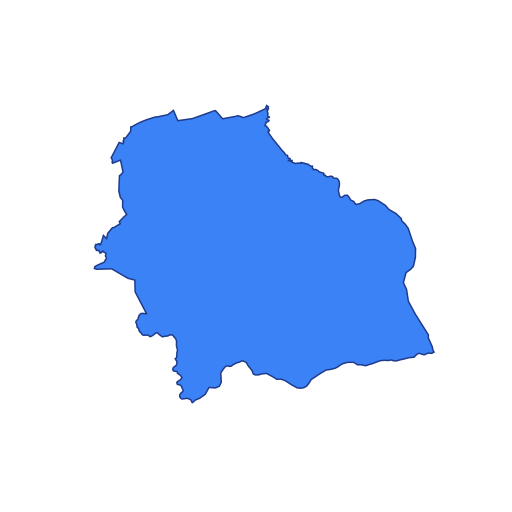 Kalinga, Kalinga, Philippines, rotated 238°
{"feature_id": "2640588B22535822566030", "entity_name": "Kalinga", "entity_type": "district", "adm_level": 2, "iso_a3": "PHL", "parent_name": "Philippines", "parent_adm1": "Kalinga", "projection": "robinson", "projection_center": [121.313, 17.431], "detail": "fine", "context": "isolated", "style": "filled", "palette": "blue", "viewbox_px": 512, "rotation_deg": 238, "n_neighbors": 0, "source": "geoboundaries", "source_scale": "gbopen_adm2", "svg_char_len": 6125}
<svg xmlns="http://www.w3.org/2000/svg" viewBox="0 0 512 512"><g transform="rotate(238 256 256)"><path d="M80.2,356.1L81.3,356.0L82.5,356.2L85.6,357.4L95.1,358.7L97.8,360.4L122.6,360.3L136.8,361.2L148.0,366.0L155.2,366.8L162.2,374.2L162.5,375.8L162.8,380.3L163.7,383.5L164.5,384.7L170.3,390.4L177.8,395.3L185.4,396.5L198.7,399.7L203.9,399.4L208.4,398.2L210.9,399.0L217.8,397.2L225.0,393.4L230.4,392.5L238.2,388.9L241.0,386.6L244.3,380.6L245.3,377.1L245.5,371.3L246.9,367.9L250.4,367.8L253.3,366.0L256.6,366.1L259.1,365.7L260.5,363.2L260.2,360.3L260.7,359.1L262.3,358.7L267.4,360.3L269.7,362.1L271.5,364.0L274.6,365.9L277.1,366.2L278.8,365.8L279.5,365.3L280.6,363.2L281.3,363.0L282.7,363.1L284.1,361.7L284.8,359.6L285.5,358.2L286.1,357.8L287.7,357.6L288.4,356.4L289.4,356.8L290.0,357.3L290.6,357.2L291.7,355.8L292.7,355.3L293.4,354.5L294.4,354.0L295.3,353.9L296.9,353.1L297.8,352.4L298.2,351.6L298.3,350.8L299.6,350.7L300.2,350.2L302.2,351.4L302.3,350.7L302.8,350.6L304.5,349.3L306.0,349.0L307.8,347.3L307.9,346.7L308.2,346.7L309.3,346.0L310.0,344.9L310.4,344.8L310.7,343.8L311.4,343.8L311.6,343.3L311.3,342.6L311.8,341.7L312.3,341.4L312.7,340.6L312.9,339.9L313.8,338.2L315.4,337.0L317.0,336.0L317.3,336.3L317.4,337.0L318.0,337.2L318.2,336.8L318.2,336.2L317.9,335.8L318.0,335.6L319.2,335.4L319.4,335.1L319.3,334.6L319.7,334.0L319.9,334.2L319.7,336.0L320.0,336.4L320.3,336.5L321.0,336.2L321.5,335.7L322.4,335.2L322.9,335.2L324.0,335.9L324.7,335.9L325.5,335.1L326.4,334.7L328.4,334.8L332.3,334.0L347.2,332.2L354.8,331.8L355.1,332.2L354.8,333.0L355.2,333.8L355.4,334.0L355.7,334.1L356.2,333.8L358.4,334.0L359.4,333.5L360.4,333.8L361.4,332.7L362.3,333.1L363.1,334.7L363.7,334.9L364.3,335.5L363.6,336.8L363.7,338.4L364.1,338.9L365.6,337.9L366.5,337.6L366.9,337.8L367.0,338.3L367.0,339.0L366.5,340.5L366.8,341.0L367.1,340.9L367.5,340.5L368.6,340.2L369.1,340.4L369.6,340.9L370.7,341.7L371.2,341.9L372.3,342.0L372.9,342.3L373.3,342.9L373.6,343.6L373.8,343.6L374.3,342.9L374.6,342.9L374.8,343.1L374.7,343.5L374.4,344.3L374.4,344.6L375.7,345.1L376.1,345.6L376.3,345.5L376.9,345.1L378.0,344.8L375.9,341.9L377.4,330.0L380.0,318.6L381.8,317.4L384.6,315.0L385.3,312.4L390.1,300.4L400.8,298.7L401.4,296.9L406.2,274.9L412.2,261.4L423.2,263.2L422.6,256.0L426.0,246.7L427.4,243.8L429.5,235.5L430.7,229.2L431.2,223.4L431.3,219.8L431.8,218.1L428.2,215.9L425.1,207.8L425.2,207.5L426.1,206.5L424.8,205.8L424.5,205.1L424.0,204.8L423.9,204.2L423.4,204.1L422.7,204.3L422.6,203.7L422.3,203.6L422.1,203.0L421.7,202.6L424.8,200.1L416.0,185.2L414.4,185.2L412.6,184.7L411.9,183.7L410.7,183.5L409.1,191.9L398.1,187.9L397.3,187.0L396.6,184.7L396.5,182.8L383.8,174.1L377.6,172.0L373.8,172.4L368.2,168.8L363.9,168.3L359.8,168.4L359.2,164.8L357.6,158.3L355.3,157.9L355.5,150.0L356.1,149.2L353.8,142.3L350.0,138.5L354.3,137.5L348.2,130.6L348.2,130.2L348.4,130.2L348.3,129.9L348.8,130.1L349.0,130.0L349.0,129.7L348.7,129.3L349.5,129.1L349.9,128.8L349.8,128.3L350.1,127.7L349.9,127.1L350.0,126.7L350.3,126.6L350.3,126.4L350.6,126.3L350.4,125.9L350.4,125.7L350.1,125.4L349.8,125.6L349.4,124.8L349.4,124.6L348.4,123.9L347.8,123.9L347.4,123.8L346.6,124.0L346.2,123.7L346.0,123.8L345.4,123.7L345.2,123.8L345.3,124.2L345.1,124.5L344.7,124.5L344.3,125.3L344.1,125.4L343.2,125.7L342.5,125.4L342.3,125.7L341.1,125.3L341.1,125.6L341.4,125.8L340.8,126.7L341.0,126.9L341.2,128.4L341.2,128.8L340.2,128.9L338.5,129.8L337.9,130.1L337.3,129.9L336.9,129.5L336.4,128.8L335.8,128.3L334.5,128.3L333.6,128.0L332.8,127.2L332.5,126.6L332.4,125.8L331.2,124.3L332.3,116.4L332.3,114.6L332.1,114.2L332.4,113.9L332.3,113.7L332.1,113.8L332.0,113.7L331.8,113.2L331.1,112.3L329.3,113.7L321.6,126.8L304.9,135.6L299.8,140.5L289.6,134.5L265.2,132.6L265.6,131.8L266.1,131.2L266.5,130.5L266.9,129.9L267.2,129.9L267.5,129.4L268.1,128.0L268.1,127.0L267.9,126.2L267.4,125.1L266.0,123.4L265.8,123.4L265.3,122.8L264.7,121.7L264.7,120.7L264.2,119.7L263.8,119.3L263.0,118.8L261.3,118.8L261.1,118.6L260.7,118.5L259.8,117.9L258.4,117.5L258.1,117.7L257.4,117.7L256.9,118.2L255.5,117.7L255.4,117.5L254.8,117.5L254.6,117.3L252.9,117.3L252.6,117.5L252.3,117.5L252.1,117.8L249.6,117.8L249.0,118.1L248.5,118.6L246.1,122.5L245.5,122.8L244.0,123.2L243.6,123.8L243.4,124.4L243.4,126.2L243.7,129.9L243.6,130.9L242.9,131.8L240.7,132.2L239.4,132.9L237.3,133.6L236.7,134.5L236.4,135.8L234.9,138.9L234.8,140.2L235.0,140.8L233.9,142.4L232.9,143.5L230.4,143.6L229.9,143.9L227.4,143.9L226.5,143.7L224.9,142.9L223.7,142.0L222.1,141.0L218.0,139.6L217.3,139.2L216.0,137.7L213.9,136.4L213.4,135.8L212.1,135.2L211.8,134.1L211.8,133.6L211.7,133.1L210.4,132.9L209.2,133.1L208.1,132.8L207.0,132.2L205.8,130.8L205.4,129.7L205.4,127.9L205.2,126.9L204.7,126.0L203.8,125.3L203.2,125.1L202.6,125.1L201.5,125.7L200.9,126.5L200.3,127.5L199.8,127.8L198.8,127.6L198.2,127.2L197.0,127.9L196.5,127.9L194.9,128.7L192.2,128.7L191.1,126.6L191.1,122.7L190.6,121.7L189.9,121.6L189.3,121.3L189.0,121.3L188.3,121.7L188.0,122.2L187.4,122.8L185.8,123.7L184.3,123.7L184.0,123.4L182.3,123.3L180.2,122.7L179.7,121.7L179.7,120.4L179.5,119.4L178.6,117.7L177.8,117.1L177.1,116.8L176.2,116.7L175.2,116.8L173.9,117.5L171.9,122.0L170.9,123.0L169.0,124.2L168.0,124.6L166.5,124.2L165.5,124.3L165.3,124.5L166.0,128.1L165.2,132.8L165.6,139.6L169.4,146.5L165.6,151.7L165.0,155.9L167.3,159.6L175.5,164.2L177.4,168.3L178.3,171.0L178.4,172.4L177.9,173.7L176.4,175.0L175.7,176.6L175.7,177.4L176.1,179.4L175.8,180.1L175.8,182.1L174.8,185.8L174.5,188.7L171.2,191.3L166.8,191.2L160.9,191.9L157.4,191.2L155.8,192.1L154.6,193.8L153.6,195.8L153.2,197.8L152.0,200.4L150.8,202.7L145.0,206.1L140.5,208.3L138.5,211.7L135.8,214.0L133.8,215.2L127.7,218.0L122.3,221.1L120.8,223.1L120.2,224.0L119.3,225.8L118.9,227.5L118.9,230.3L120.1,233.5L122.0,237.4L122.3,248.8L122.1,255.3L121.0,257.5L119.9,260.4L118.9,263.4L118.6,266.8L118.9,269.8L118.6,273.0L117.2,277.5L114.0,282.6L110.0,284.4L107.8,287.8L104.8,290.9L104.0,294.5L103.3,296.6L101.4,305.8L99.7,309.4L97.4,312.6L95.9,316.0L94.4,316.9L92.6,319.6L91.7,322.8L90.0,327.6L89.0,331.2L86.4,336.5L87.1,338.8L87.4,341.1L87.1,342.7L83.1,346.2L82.4,350.6L80.3,353.5L80.2,356.1Z" fill="#3b82f6" stroke="#1e3a8a" stroke-width="1.5"/></g></svg>